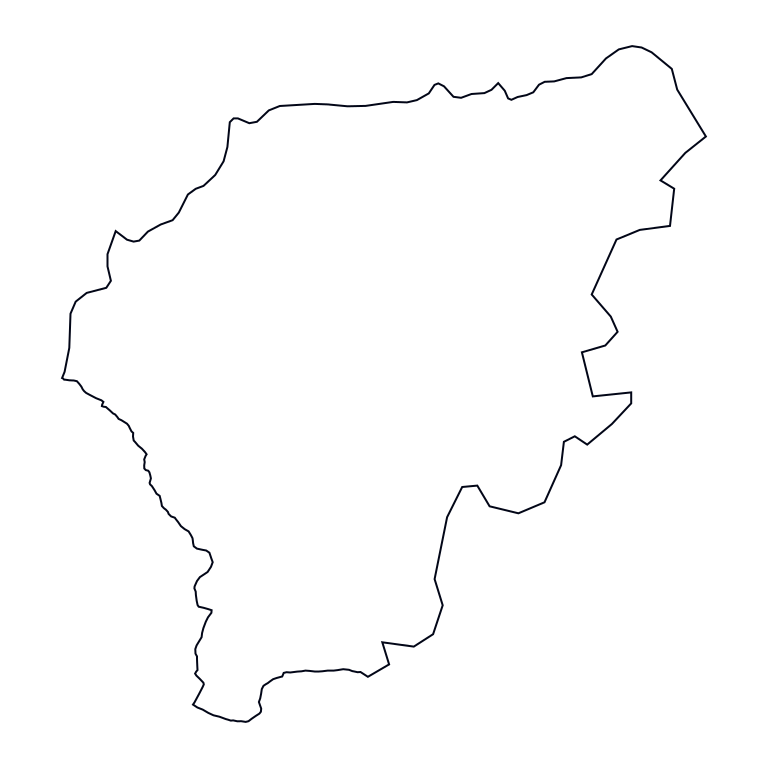 Yeghegnadzor, Vayots Dzor, Armenia (orthographic projection)
{"feature_id": "60910142B56159953902843", "entity_name": "Yeghegnadzor", "entity_type": "district", "adm_level": 2, "iso_a3": "ARM", "parent_name": "Armenia", "parent_adm1": "Vayots Dzor", "projection": "orthographic", "projection_center": [45.236, 39.785], "detail": "fine", "context": "isolated", "style": "outline", "palette": "ink", "viewbox_px": 768, "rotation_deg": 0, "n_neighbors": 0, "source": "geoboundaries", "source_scale": "gbopen_adm2", "svg_char_len": 3450}
<svg xmlns="http://www.w3.org/2000/svg" viewBox="0 0 768 768"><path d="M115.7,231.1L107.5,254.2L107.5,266.4L110.9,280.8L106.3,287.8L86.7,292.9L75.7,301.6L70.5,313.7L69.3,347.9L64.6,371.8L62.1,378.0L62.7,378.2L64.2,379.7L65.3,379.7L69.4,380.3L73.8,380.5L76.9,381.2L79.3,383.9L81.4,386.7L82.7,389.3L84.1,391.1L86.1,392.9L89.4,394.7L96.1,398.2L101.4,400.3L103.4,401.9L102.1,404.8L101.9,406.1L103.6,406.7L105.9,407.0L107.6,408.5L109.7,410.3L113.0,413.4L115.2,414.5L117.4,417.1L118.6,418.9L121.4,420.2L124.6,422.2L127.0,423.7L128.8,425.9L129.7,427.9L131.5,431.4L133.2,432.9L133.0,436.5L133.7,440.5L135.1,442.0L138.2,445.7L142.0,448.8L145.1,452.2L146.6,454.3L145.6,455.9L144.2,459.4L144.7,462.1L144.2,465.4L144.3,468.5L145.8,470.1L148.2,470.7L149.4,472.3L150.3,475.5L150.9,478.4L149.6,482.9L150.1,484.4L151.9,486.1L154.5,490.1L156.5,493.7L159.3,495.6L159.7,495.9L160.2,498.0L160.3,498.3L161.4,502.9L161.9,506.0L163.9,508.2L165.9,509.7L167.9,511.9L168.6,513.9L171.1,516.4L172.5,516.9L174.8,517.7L176.0,519.4L178.0,521.9L180.9,526.1L184.6,529.1L188.6,531.4L190.9,535.1L192.5,538.2L192.8,540.2L193.1,543.1L193.8,546.3L196.9,548.6L200.5,549.4L202.9,549.9L206.2,550.5L209.4,552.7L210.9,557.1L211.0,557.5L212.7,562.2L211.0,566.8L207.6,572.0L199.9,577.1L197.0,581.0L194.6,586.4L194.4,588.4L195.7,591.6L195.9,595.0L196.7,600.9L197.6,605.1L198.7,606.7L203.6,607.8L208.2,609.1L211.6,610.2L211.4,612.8L208.0,617.3L205.8,621.7L203.4,628.1L202.1,633.0L201.6,637.2L199.7,640.3L196.6,645.4L195.3,649.1L195.5,653.7L197.0,656.4L197.0,657.3L197.0,658.8L197.1,661.7L197.3,666.3L197.5,670.1L196.2,671.6L195.1,673.6L196.4,675.6L199.8,678.9L203.4,682.7L203.8,684.4L202.7,686.9L199.2,693.7L194.5,702.4L193.4,704.0L193.0,704.6L197.4,707.5L202.7,709.6L208.3,712.9L213.5,715.3L219.4,716.7L225.9,719.1L228.1,719.7L230.8,720.6L233.2,720.4L237.4,721.3L241.2,721.2L245.7,721.9L248.5,721.2L251.6,718.8L255.8,715.9L259.4,713.6L260.9,711.7L261.2,708.6L260.1,705.5L258.9,702.0L260.2,698.4L261.1,693.8L261.8,689.1L263.5,685.8L265.7,684.3L267.8,683.1L270.0,681.4L273.1,679.2L276.6,678.0L279.9,677.1L282.2,676.5L283.0,674.7L283.7,672.9L286.6,672.2L290.2,672.5L297.2,671.6L301.5,671.3L305.5,670.6L309.5,670.9L314.6,671.5L319.0,671.5L322.1,671.3L327.7,670.6L333.7,670.6L337.7,670.1L343.2,669.2L349.0,669.8L352.3,671.1L353.9,671.4L357.6,672.2L360.5,672.0L367.9,676.8L389.1,664.4L382.3,642.3L413.8,646.6L433.1,634.2L442.7,605.3L434.6,579.1L447.1,517.2L462.2,487.0L477.3,485.6L489.6,506.3L518.4,513.3L544.5,502.3L561.1,465.2L563.9,441.8L574.8,436.3L587.2,444.6L611.9,424.0L631.2,403.4L631.2,392.4L592.8,396.4L581.9,352.3L605.3,345.5L617.6,331.8L610.8,316.6L591.7,294.5L616.5,239.5L639.8,229.9L670.0,225.9L674.2,188.7L660.5,180.4L685.3,152.9L705.9,136.5L677.2,89.6L671.8,68.9L651.6,52.3L641.6,47.5L632.1,46.1L618.8,49.4L606.0,58.4L591.7,74.1L581.2,77.4L566.5,78.1L554.2,81.4L544.7,81.8L539.0,84.7L533.3,92.3L526.6,95.1L517.6,97.0L511.4,99.8L508.1,98.4L504.8,90.8L504.4,90.3L498.2,83.1L491.5,89.8L484.4,93.1L471.5,94.0L461.1,97.8L453.5,96.8L444.0,86.3L438.3,83.4L434.5,84.9L428.8,93.4L416.9,100.1L407.0,102.4L393.2,101.9L365.6,105.9L347.6,106.3L329.7,104.6L329.1,104.5L327.7,104.4L314.8,103.9L279.8,106.0L268.8,110.4L256.9,121.8L249.3,123.2L237.9,118.4L233.6,118.4L229.8,122.2L227.4,147.0L223.6,161.3L215.2,175.0L203.5,185.9L195.7,188.8L187.9,194.5L178.8,212.6L172.6,220.2L160.7,224.5L147.9,231.6L139.3,240.6L133.6,241.6L127.0,239.7L115.7,231.1Z" fill="none" stroke="#020617" stroke-width="2"/></svg>